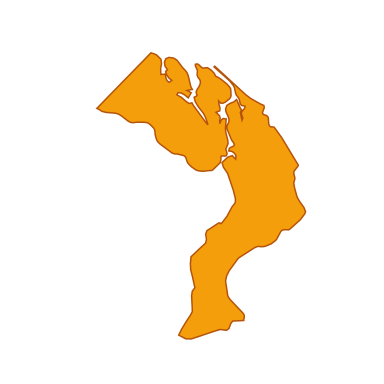 map outline of Fatick (Equal Earth projection), rotated 134°
{"feature_id": "SEN-764", "entity_name": "Fatick", "entity_type": "Region", "adm_level": 1, "iso_a3": "SEN", "parent_name": "Senegal", "parent_adm1": "", "projection": "equal_earth", "projection_center": [-16.406, 14.163], "detail": "fine", "context": "isolated", "style": "filled", "palette": "amber", "viewbox_px": 384, "rotation_deg": 134, "n_neighbors": 0, "source": "natural_earth", "source_scale": "10m", "svg_char_len": 4088}
<svg xmlns="http://www.w3.org/2000/svg" viewBox="0 0 384 384"><g transform="rotate(134 192 192)"><path d="M149.9,190.8L142.2,190.5L137.8,188.3L138.1,183.5L135.5,185.3L134.6,188.4L135.1,191.7L136.9,194.0L134.9,195.4L133.2,195.3L131.6,194.5L129.7,194.0L128.3,194.6L127.7,196.3L127.4,198.3L126.9,200.1L122.7,209.8L121.3,212.0L119.6,213.0L116.1,214.1L114.1,215.8L112.7,218.2L110.7,223.3L109.0,225.5L105.4,227.1L101.9,226.2L98.4,224.6L94.5,224.1L98.3,215.1L98.4,213.5L101.2,212.5L105.7,205.9L103.5,206.8L101.4,211.0L99.6,212.0L96.0,212.2L94.6,212.6L93.4,213.5L95.3,216.5L95.1,218.4L92.4,222.6L91.9,224.3L91.5,227.4L90.6,229.3L87.4,234.1L86.7,236.1L85.9,242.2L86.7,263.0L85.7,263.0L84.7,221.0L83.9,214.6L81.2,204.1L79.8,200.4L81.1,198.6L85.7,196.6L86.5,195.5L86.6,194.4L86.2,193.5L85.7,192.5L85.2,191.5L85.2,189.7L85.7,188.6L89.8,184.0L90.5,182.3L90.6,181.0L90.0,180.1L89.3,179.4L88.8,178.7L88.3,177.8L90.6,165.2L98.8,134.3L99.3,133.9L100.1,133.7L105.5,133.1L106.4,132.9L107.2,132.4L107.9,131.7L108.5,130.9L110.0,128.3L111.3,127.0L112.1,126.5L113.8,125.8L115.2,124.6L117.9,120.9L122.2,113.6L123.0,111.8L124.2,107.3L125.4,100.7L127.3,96.6L129.4,95.7L136.7,94.8L150.5,95.8L152.1,96.2L152.8,97.0L154.1,98.5L155.0,99.4L156.4,100.4L157.5,100.7L158.7,100.7L167.2,98.3L168.9,98.2L174.3,99.0L179.7,101.4L181.2,102.3L183.3,104.2L185.1,106.6L186.7,107.5L189.0,108.4L206.8,112.6L209.0,112.5L222.6,110.6L228.1,108.9L232.2,106.4L232.9,105.8L241.7,94.3L242.1,93.4L242.4,92.3L242.9,89.8L243.7,71.3L243.9,70.1L244.3,69.1L244.9,68.2L245.8,67.4L247.9,66.1L248.5,65.5L256.6,73.1L260.0,72.6L264.5,70.6L267.5,71.1L271.3,76.2L276.6,79.2L298.1,90.4L301.9,94.4L304.2,102.1L298.2,104.1L289.5,106.1L281.5,107.6L277.8,108.7L274.4,112.2L266.8,120.3L263.1,122.9L258.9,123.4L252.5,133.0L248.7,139.1L244.5,143.5L239.3,147.7L227.2,147.2L219.3,146.7L215.9,148.8L212.9,152.8L209.5,154.4L195.7,151.3L194.8,150.3L194.8,149.2L193.4,149.0L185.0,150.0L175.2,152.8L170.0,153.4L168.4,154.4L166.5,156.4L162.1,163.4L153.9,179.3L152.3,186.7L150.0,190.8L149.9,190.8ZM198.0,318.5L191.3,318.5L181.2,318.5L171.1,318.4L161.0,318.4L150.9,318.3L140.8,318.3L130.6,318.2L120.4,318.2L118.8,314.9L118.0,312.6L118.1,306.5L120.9,303.0L125.0,300.3L129.1,296.0L128.2,295.4L126.6,293.7L125.7,293.2L127.7,290.6L129.3,287.2L129.0,284.6L125.7,284.1L126.1,287.6L125.3,291.8L123.6,294.8L121.2,294.5L120.1,299.1L117.5,302.2L114.3,303.4L111.2,302.1L108.4,298.2L107.6,294.2L109.0,285.5L109.3,280.1L109.8,278.0L111.2,275.1L117.0,266.1L118.0,263.0L119.0,263.8L121.5,265.4L122.4,266.1L122.1,265.1L121.2,261.5L126.9,260.1L127.2,264.5L128.3,268.6L130.2,271.0L132.6,270.5L131.3,265.5L131.0,259.9L130.4,255.6L127.9,254.0L128.8,251.1L132.3,230.7L132.6,227.1L129.0,234.0L127.5,238.2L126.2,247.3L124.6,252.7L122.4,256.3L120.2,255.5L119.0,255.5L117.4,258.4L114.5,259.6L111.1,260.2L108.0,261.5L106.2,263.4L105.7,265.2L105.4,267.1L104.6,269.1L103.7,270.2L101.8,271.6L100.7,272.8L99.1,276.8L97.9,278.3L96.2,277.3L95.7,275.1L95.7,272.4L95.4,270.1L93.9,269.1L91.8,267.2L91.0,262.8L91.2,258.3L92.3,255.5L91.3,252.5L90.7,249.1L90.1,242.1L90.3,238.3L90.8,236.2L91.8,234.8L95.6,230.8L97.5,229.9L99.6,229.8L104.4,230.5L106.6,231.4L108.2,233.2L108.0,236.1L110.3,233.4L112.1,230.2L114.3,228.4L118.0,230.1L118.0,225.3L119.2,223.1L121.3,221.8L123.6,219.5L121.5,220.4L119.3,221.0L117.3,220.5L115.7,218.1L123.0,212.2L125.7,209.0L129.9,202.2L132.2,199.6L137.5,197.6L140.0,193.4L142.0,192.5L143.3,193.3L144.6,194.9L146.0,195.9L147.6,194.8L148.5,193.8L151.2,192.1L151.3,192.1L161.7,192.4L162.6,192.7L163.5,193.3L164.4,194.3L169.1,198.2L171.3,200.7L172.5,202.5L173.5,204.8L174.2,209.6L174.3,212.4L174.1,214.8L173.6,216.5L171.9,219.7L171.3,221.4L171.5,223.2L174.8,228.8L176.8,231.2L177.8,233.4L179.7,248.4L179.7,250.0L179.6,251.7L179.1,253.4L178.3,255.1L176.4,258.2L174.1,260.9L173.1,262.3L172.7,263.8L172.6,265.3L172.5,268.5L172.7,270.4L173.2,272.3L174.8,274.5L180.0,280.1L182.6,282.1L183.8,283.3L184.8,285.1L185.5,288.0L186.2,295.1L186.8,298.3L187.7,300.4L189.1,302.6L194.3,308.9L196.5,312.7L197.4,317.0L198.0,318.5L198.0,318.5Z" fill="#f59e0b" stroke="#b45309" stroke-width="1.5"/></g></svg>